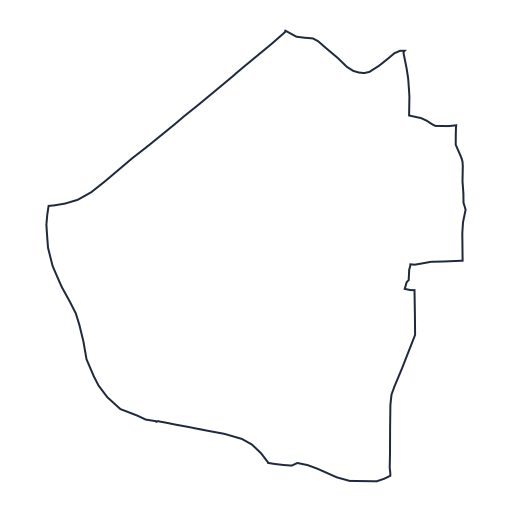 the district of Ajeromi/Ifelodun, Lagos, Nigeria
{"feature_id": "59680162B51331479839153", "entity_name": "Ajeromi/Ifelodun", "entity_type": "district", "adm_level": 2, "iso_a3": "NGA", "parent_name": "Nigeria", "parent_adm1": "Lagos", "projection": "natural_earth1", "projection_center": [3.339, 6.456], "detail": "fine", "context": "isolated", "style": "outline", "palette": "slate", "viewbox_px": 512, "rotation_deg": 0, "n_neighbors": 0, "source": "geoboundaries", "source_scale": "gbopen_adm2", "svg_char_len": 1691}
<svg xmlns="http://www.w3.org/2000/svg" viewBox="0 0 512 512"><path d="M285.4,30.7L285.0,32.1L279.1,37.3L272.4,43.2L242.6,67.8L235.6,73.7L233.8,75.4L199.5,103.9L183.9,116.4L174.9,124.1L147.7,146.2L132.4,158.1L105.0,181.3L91.1,192.3L77.7,199.8L64.9,203.6L54.1,205.4L48.6,205.9L48.4,207.2L47.3,214.4L46.4,224.5L46.9,232.9L48.0,247.7L52.6,266.0L54.5,270.4L54.7,270.9L57.6,277.6L61.8,287.1L69.7,301.4L75.8,313.4L79.3,324.7L83.4,341.4L85.6,354.0L85.7,354.6L86.5,359.2L93.6,375.9L98.5,385.5L107.3,397.2L120.4,409.1L137.3,415.6L145.8,419.6L156.6,421.3L156.6,421.7L158.4,421.1L159.8,421.6L165.1,422.5L175.4,424.6L186.5,426.6L205.7,430.4L224.1,433.8L241.8,438.9L244.0,440.1L252.1,444.7L261.0,453.2L268.1,462.5L268.1,462.9L274.2,463.9L283.6,465.0L291.7,465.6L297.4,463.0L307.6,465.1L317.1,468.6L336.7,477.3L349.6,480.9L376.7,481.3L384.3,478.7L390.3,475.8L390.3,473.1L389.7,467.6L390.0,453.3L390.1,427.0L390.4,405.0L391.5,394.6L394.5,386.3L401.8,368.9L415.1,334.9L414.9,314.1L414.5,290.1L410.6,290.1L404.7,288.9L406.7,282.1L408.7,280.1L409.2,269.6L410.3,265.8L410.4,264.3L414.7,264.7L421.7,263.5L431.0,261.8L443.5,261.5L462.6,260.7L462.3,233.2L463.0,222.4L465.6,209.7L463.5,202.7L463.4,193.7L462.5,181.3L462.8,166.2L462.5,161.6L461.5,158.2L460.5,155.7L455.7,144.7L455.8,133.4L456.0,127.2L456.2,125.3L448.6,126.1L435.4,125.9L432.3,124.4L426.7,120.7L421.1,118.1L409.1,115.5L409.4,96.7L409.1,91.4L408.2,78.8L406.6,68.4L404.1,56.0L403.5,53.0L403.8,51.6L404.6,50.8L400.0,50.8L394.3,53.3L388.0,58.6L379.1,65.7L372.7,69.8L369.4,71.9L364.1,73.1L358.7,72.5L353.3,70.9L346.8,66.8L337.9,58.1L325.3,47.5L318.1,41.2L312.8,38.4L304.1,37.7L296.4,36.7L285.4,30.7Z" fill="none" stroke="#1e293b" stroke-width="2"/></svg>